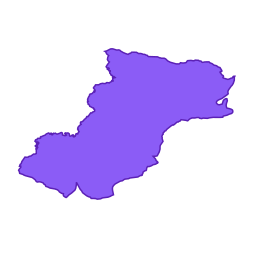 the district of Litjotjela, Leribe, Lesotho, rotated 100°
{"feature_id": "5366337B63854375495217", "entity_name": "Litjotjela", "entity_type": "district", "adm_level": 2, "iso_a3": "LSO", "parent_name": "Lesotho", "parent_adm1": "Leribe", "projection": "albers", "projection_center": [28.008, -28.934], "detail": "fine", "context": "isolated", "style": "filled", "palette": "violet", "viewbox_px": 256, "rotation_deg": 100, "n_neighbors": 0, "source": "geoboundaries", "source_scale": "gbopen_adm2", "svg_char_len": 5819}
<svg xmlns="http://www.w3.org/2000/svg" viewBox="0 0 256 256"><g transform="rotate(100 128 128)"><path d="M188.6,228.4L189.9,227.4L191.5,226.8L192.0,223.3L192.5,222.2L192.8,220.5L193.4,213.7L195.1,210.4L196.2,209.5L196.8,208.7L196.9,207.5L196.4,206.4L196.3,205.0L196.6,203.0L196.9,201.9L197.8,201.2L198.2,199.9L199.8,198.7L199.9,197.3L200.7,194.4L200.7,189.4L201.1,186.8L201.9,185.4L202.9,184.4L203.9,182.0L203.9,180.2L205.0,180.2L206.1,179.6L206.9,178.0L207.2,176.9L206.2,175.9L204.4,174.8L201.8,172.2L198.4,169.5L196.5,169.0L192.7,169.0L190.4,169.4L196.8,164.3L198.0,162.7L199.6,161.5L201.9,157.0L202.5,155.0L202.7,153.1L203.8,152.0L203.1,148.0L203.4,145.9L202.5,142.7L201.2,140.9L199.6,135.7L198.2,133.3L197.5,132.6L196.3,130.7L192.3,132.3L190.6,132.8L188.7,132.9L187.1,132.2L185.3,130.9L181.7,126.4L180.9,124.3L179.2,122.7L178.7,121.6L177.8,118.6L177.0,117.6L176.6,116.5L174.5,109.7L173.9,109.1L172.7,107.6L172.6,106.8L172.1,106.5L171.9,105.8L171.1,105.9L170.4,105.5L168.9,105.5L167.2,104.0L166.9,103.0L166.4,102.6L164.0,102.6L162.6,102.1L162.3,100.5L161.7,99.3L161.0,98.2L159.8,96.9L159.0,94.9L158.3,93.9L157.6,93.7L157.6,92.9L156.9,92.5L156.1,93.0L155.2,94.7L154.1,95.2L153.4,95.9L151.5,98.3L150.9,95.6L150.3,94.4L146.3,93.1L143.2,92.8L140.9,93.2L139.5,93.2L135.1,91.2L132.6,92.5L131.2,92.7L130.4,93.2L128.6,92.8L128.1,92.3L126.9,92.6L125.7,91.7L125.0,91.6L124.5,91.1L124.3,90.4L122.8,89.7L121.9,89.0L118.3,85.8L117.0,84.2L117.2,83.7L116.9,83.4L115.2,81.9L114.0,81.1L113.4,80.1L113.4,79.6L112.7,79.0L111.9,77.7L110.6,77.2L110.4,72.3L110.6,70.7L110.4,70.3L109.2,69.5L108.0,68.3L107.0,66.7L106.5,63.8L105.7,61.9L105.4,60.1L105.9,59.2L106.0,57.2L105.2,55.7L104.7,51.4L103.8,49.5L102.7,45.9L101.6,39.3L100.9,36.5L100.1,36.4L99.7,36.2L98.2,32.7L96.8,30.7L95.9,28.8L95.0,27.9L94.3,27.6L93.1,27.7L92.1,28.3L91.6,29.5L91.3,31.5L91.2,34.0L90.5,34.6L88.6,35.3L86.5,35.3L83.9,34.9L82.0,35.7L82.0,36.5L82.3,37.1L83.7,38.5L84.4,38.9L87.9,39.4L88.3,39.7L88.5,40.5L89.3,42.1L89.3,43.5L88.4,45.0L87.5,45.4L86.9,45.4L86.3,45.2L85.4,44.5L84.6,43.7L82.7,40.7L77.5,35.6L76.8,35.3L75.3,35.9L74.2,35.9L72.8,35.5L68.6,33.5L68.1,33.0L65.9,32.1L62.5,31.6L59.5,32.1L58.5,31.8L58.6,32.6L58.9,33.2L59.5,33.6L59.9,33.5L60.7,34.2L61.1,35.3L61.8,36.2L62.6,37.6L62.8,38.2L62.2,42.9L61.7,43.3L60.7,42.9L60.2,43.1L59.8,43.5L59.5,44.5L57.3,47.0L56.8,47.1L56.4,46.7L56.5,46.3L56.2,45.7L55.6,45.4L55.0,45.7L52.5,47.9L52.3,49.7L51.4,51.4L51.2,52.3L51.2,53.7L51.0,54.5L50.0,56.4L49.6,58.6L48.8,59.7L49.6,63.8L50.4,65.8L50.3,66.7L49.4,67.8L49.6,69.4L49.1,70.2L49.5,73.7L50.0,74.1L50.3,74.7L50.5,75.5L50.5,77.7L51.3,80.9L51.8,81.4L53.3,82.0L53.8,82.8L54.5,85.1L54.6,87.7L55.7,88.3L56.1,89.2L56.5,91.7L55.9,97.8L55.0,100.6L53.4,102.9L53.0,104.4L53.5,107.3L53.3,108.0L53.4,109.1L52.8,111.2L54.1,120.2L54.0,120.6L53.1,121.6L53.1,122.7L52.6,124.3L52.8,125.9L52.5,127.1L52.4,128.4L52.8,130.6L52.0,132.7L52.0,133.1L52.7,137.5L54.1,138.6L54.3,139.5L55.5,140.7L55.1,143.3L54.4,146.3L53.8,147.6L53.7,148.3L52.8,149.6L52.7,150.7L53.2,152.6L52.7,156.6L52.8,157.6L53.2,159.0L55.8,162.4L56.5,164.0L56.8,163.2L58.7,161.9L60.1,159.6L61.7,160.2L64.1,160.2L65.3,159.3L66.2,157.8L69.4,159.4L71.5,160.2L72.4,159.2L72.2,157.6L72.6,156.9L73.2,157.0L73.1,158.2L73.3,158.6L73.7,158.6L74.2,157.3L75.1,156.5L74.7,155.8L74.7,155.5L75.2,155.3L76.3,155.7L77.2,155.4L77.5,154.8L79.0,153.7L78.9,152.9L80.0,152.1L80.7,152.0L80.7,151.5L79.8,151.3L79.7,150.9L80.6,149.4L80.8,149.7L80.8,150.4L81.9,151.6L82.8,151.6L84.2,150.8L84.5,151.1L84.3,152.3L85.2,152.4L86.2,153.8L86.8,154.1L86.9,156.6L87.2,157.2L87.6,157.3L88.1,157.9L88.4,159.5L88.4,160.8L89.2,162.8L90.5,164.3L91.1,167.4L91.6,167.7L92.2,167.7L92.7,168.2L93.7,168.7L94.3,169.0L94.7,168.9L96.1,167.3L97.1,166.9L97.5,168.0L97.8,168.0L97.9,167.2L98.3,167.1L98.5,167.2L98.4,167.7L98.8,168.4L99.8,169.0L100.6,169.7L101.1,171.2L101.4,171.3L102.3,171.7L102.9,171.5L104.2,172.2L106.8,172.8L107.3,172.4L108.1,172.5L108.6,171.9L108.8,172.3L109.4,172.5L110.3,171.8L111.5,171.4L111.5,170.8L111.8,170.5L112.6,169.8L113.3,169.4L113.7,167.9L114.4,166.0L114.2,165.5L114.4,165.3L115.3,165.0L115.3,164.4L115.8,164.0L117.2,163.8L118.0,164.7L118.4,165.6L119.5,166.3L119.6,167.4L123.8,169.4L123.9,169.7L123.7,170.3L124.0,170.6L125.9,171.2L127.1,172.5L128.7,173.2L129.3,174.0L130.0,174.5L130.2,175.5L131.4,175.8L132.6,174.8L133.8,176.1L135.8,177.3L137.1,177.5L137.8,176.9L138.3,177.2L138.7,176.7L139.8,176.0L140.0,175.6L140.3,175.6L141.3,176.3L142.6,176.5L142.5,177.7L142.8,178.2L145.2,178.5L146.0,179.4L146.1,180.2L145.8,180.7L145.2,180.7L144.6,180.2L144.3,180.7L144.5,181.6L145.9,182.9L146.0,184.0L145.8,184.2L144.5,184.6L143.8,185.0L143.4,185.8L143.3,186.3L143.7,187.6L143.7,188.8L144.2,189.3L144.6,189.2L145.6,187.4L146.3,188.0L146.5,189.3L146.2,191.3L144.8,191.6L144.2,192.0L144.0,192.5L144.2,193.3L145.2,194.6L146.3,196.7L146.2,197.7L145.7,198.6L146.2,199.6L146.1,200.5L146.9,201.0L147.5,200.9L147.8,201.2L147.9,201.8L147.7,202.0L146.8,201.9L146.4,202.9L146.8,203.3L147.6,203.5L147.7,203.8L146.7,205.0L146.7,205.4L148.1,207.5L149.4,208.4L150.7,210.6L151.3,211.2L151.6,212.3L152.2,212.7L152.9,212.3L153.5,212.9L153.8,215.0L154.4,215.5L155.2,215.6L155.4,215.8L155.5,216.7L155.8,217.0L157.2,217.3L157.6,216.3L157.6,215.8L157.8,215.7L158.3,215.9L158.6,215.6L158.9,214.8L158.8,214.3L158.2,214.1L157.5,214.2L157.8,213.5L158.3,213.2L159.4,213.6L159.8,214.5L159.7,215.0L160.0,215.3L160.3,215.2L160.8,214.2L161.4,214.1L162.1,214.2L162.1,214.5L161.7,214.8L161.2,215.6L161.6,216.2L162.2,216.0L163.1,214.5L162.7,214.1L162.8,213.6L163.6,213.8L164.3,215.0L164.6,215.1L165.1,214.8L165.2,214.3L165.7,214.5L169.1,213.9L169.9,215.2L170.1,216.5L172.4,218.7L173.1,220.5L174.0,221.3L174.5,223.1L174.5,224.4L179.4,226.7L181.6,227.0L182.6,227.9L184.5,228.2L184.2,227.0L185.4,226.8L187.3,227.9L188.6,228.4Z" fill="#8b5cf6" stroke="#5b21b6" stroke-width="1.5"/></g></svg>